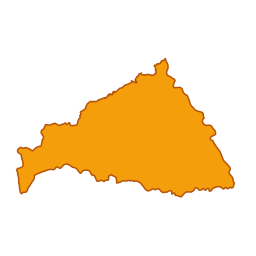 Pa Sang, Lamphun, Thailand (orthographic projection), rotated 93°
{"feature_id": "78962969B79756650149930", "entity_name": "Pa Sang", "entity_type": "district", "adm_level": 2, "iso_a3": "THA", "parent_name": "Thailand", "parent_adm1": "Lamphun", "projection": "orthographic", "projection_center": [98.877, 18.408], "detail": "fine", "context": "isolated", "style": "filled", "palette": "amber", "viewbox_px": 256, "rotation_deg": 93, "n_neighbors": 0, "source": "geoboundaries", "source_scale": "gbopen_adm2", "svg_char_len": 5824}
<svg xmlns="http://www.w3.org/2000/svg" viewBox="0 0 256 256"><g transform="rotate(93 128 128)"><path d="M154.0,235.9L155.5,237.0L156.9,237.1L157.7,236.8L158.4,236.2L159.7,234.0L160.4,233.3L161.1,233.0L162.9,232.8L164.6,232.3L167.6,231.1L170.4,230.9L171.7,231.1L172.4,231.6L173.7,234.1L174.3,236.1L174.7,236.4L175.8,237.0L178.0,236.0L179.8,235.7L181.4,235.2L183.1,234.8L185.3,234.4L188.3,234.4L190.2,233.6L194.9,233.0L197.9,232.1L198.7,231.6L199.1,231.1L198.9,230.5L197.7,229.3L197.4,226.7L197.0,226.1L196.4,225.6L195.5,225.2L194.4,225.0L192.7,224.4L190.5,222.9L188.9,222.1L183.9,219.2L182.5,218.9L180.7,219.0L180.0,218.7L179.2,217.4L177.9,214.9L177.3,213.4L176.1,210.9L175.4,208.9L173.9,205.7L173.4,203.5L173.5,200.2L173.3,199.5L171.1,197.8L170.6,197.1L170.7,196.3L171.7,194.1L171.7,193.3L171.1,192.7L168.4,190.4L167.6,189.1L167.3,188.0L167.2,186.9L167.4,186.1L168.3,184.1L170.0,181.5L170.7,178.2L171.6,177.0L175.0,174.1L175.6,173.2L175.6,172.7L173.3,171.1L172.6,169.6L172.3,168.1L172.2,166.8L172.6,165.0L173.1,164.0L174.0,163.3L175.9,162.5L176.7,161.8L177.0,161.0L177.0,159.7L177.5,159.0L179.5,158.0L180.9,157.1L182.2,156.6L182.8,156.0L182.8,155.1L181.6,152.0L181.9,150.7L182.6,149.3L182.6,148.9L181.2,147.7L181.2,145.6L181.1,145.2L180.5,144.8L179.7,144.6L178.2,144.8L177.2,144.7L176.7,144.3L176.4,143.3L175.4,142.4L176.4,140.7L177.0,139.1L178.1,137.2L180.2,137.0L181.6,136.2L182.8,136.6L183.3,136.6L183.5,136.2L183.3,135.1L182.6,133.0L181.4,131.4L181.1,130.7L181.0,126.3L180.3,125.1L180.6,122.7L180.2,121.1L180.8,119.5L180.9,118.7L180.4,116.9L181.6,113.9L182.3,112.7L184.6,110.5L188.6,107.2L189.4,106.0L189.5,105.6L189.8,104.7L189.7,104.1L188.7,101.9L187.6,100.6L187.6,99.8L188.2,97.2L187.1,95.3L187.1,94.7L187.4,93.6L189.7,91.5L190.2,90.6L190.6,89.6L190.5,88.6L190.1,87.3L190.1,86.0L189.9,85.5L189.1,84.5L188.4,83.1L188.4,82.4L188.7,81.6L189.4,81.0L189.8,80.9L190.9,81.0L191.6,80.6L191.6,80.1L190.9,79.4L190.6,78.3L191.0,77.8L192.6,77.2L192.9,76.8L192.8,75.2L193.2,74.4L194.0,71.7L193.5,70.8L192.1,69.9L191.1,69.0L188.9,66.7L188.6,63.3L188.7,62.5L188.6,61.5L187.3,59.4L186.7,58.9L184.6,57.9L184.0,57.3L184.2,56.2L184.5,55.6L186.0,54.0L186.4,53.3L186.0,51.4L185.1,50.5L184.8,49.8L185.2,48.6L186.0,47.8L186.1,47.3L184.3,45.7L184.2,45.0L184.6,44.1L186.5,43.6L186.8,43.3L186.8,42.9L186.6,42.2L186.1,41.6L184.2,40.4L183.3,39.3L182.1,36.2L181.8,35.1L181.9,32.7L182.5,31.6L183.4,30.6L183.9,29.6L183.5,28.7L182.6,28.1L182.3,27.5L182.4,26.8L183.2,26.0L183.4,25.3L183.0,24.4L181.8,22.6L181.9,22.1L182.5,21.3L182.3,20.8L181.8,20.1L181.2,19.8L179.2,19.3L177.7,19.2L177.2,18.9L176.7,19.6L176.0,20.0L174.9,20.3L173.2,20.5L171.8,21.2L168.2,24.5L167.1,24.7L166.4,24.6L164.0,23.8L163.1,23.8L161.8,24.3L158.9,27.1L155.5,30.8L154.4,31.4L149.0,33.8L146.8,34.9L140.9,39.7L136.6,42.5L136.2,42.9L135.7,44.0L134.7,45.2L133.9,45.4L132.7,44.9L132.2,44.3L130.4,41.0L129.4,40.2L128.8,40.2L127.9,40.4L125.7,41.2L124.1,43.1L122.1,44.4L121.4,45.1L121.2,45.7L121.0,47.4L121.2,49.7L121.2,51.0L120.5,52.0L119.3,53.2L118.1,53.9L116.6,54.1L115.9,53.9L114.9,53.4L114.4,52.7L113.9,52.6L111.9,53.5L110.2,53.6L109.1,54.1L108.6,54.9L108.1,56.3L107.5,59.3L106.5,61.9L105.4,63.1L104.2,64.0L102.7,65.8L101.0,67.0L96.5,68.6L92.8,70.4L92.1,71.0L91.4,72.8L90.8,73.6L88.6,75.1L86.1,76.0L85.8,76.3L85.2,77.2L84.7,78.2L84.7,79.4L85.0,80.6L85.3,83.5L85.3,84.0L84.7,84.7L83.9,84.9L82.2,84.8L80.1,84.3L78.5,83.5L77.5,83.7L76.7,84.6L76.0,86.2L74.5,88.4L73.6,90.9L73.4,91.2L72.1,92.1L71.6,92.3L70.0,92.3L68.6,92.1L66.4,91.2L65.2,91.2L63.2,91.4L62.2,91.7L59.0,93.5L56.9,94.3L57.8,95.5L58.8,95.7L59.0,96.6L58.9,97.5L59.3,98.1L59.7,98.3L60.3,98.2L61.1,99.1L61.7,99.2L62.7,101.4L62.3,101.7L62.4,102.3L62.9,102.5L63.4,102.9L63.7,102.9L64.0,104.8L64.4,105.0L64.8,104.9L64.9,104.4L67.4,103.5L67.8,103.2L68.3,103.5L68.8,103.6L69.6,103.1L70.7,103.0L71.7,103.3L72.2,103.2L72.8,103.6L72.7,104.1L73.9,105.6L74.4,107.3L73.7,108.4L73.5,110.5L73.5,111.7L73.7,112.3L74.3,113.1L74.2,114.2L73.9,115.0L74.1,115.6L74.1,116.6L73.3,117.6L73.1,118.2L72.7,118.0L73.0,118.9L73.4,119.5L74.1,120.0L74.6,120.1L75.5,120.9L76.1,121.0L76.4,121.8L77.4,122.1L77.9,122.7L78.9,123.1L79.9,123.3L80.4,123.2L81.0,122.1L81.0,121.7L81.4,121.6L81.6,121.9L81.9,121.9L82.5,122.3L80.8,126.9L82.2,126.8L83.2,128.3L85.0,132.1L85.7,133.9L86.8,134.5L88.2,136.3L88.8,138.3L93.2,142.6L91.8,144.1L92.2,143.9L92.4,144.3L92.7,144.2L93.2,144.5L93.8,144.4L94.0,144.7L93.8,145.0L94.6,144.9L95.4,145.2L95.5,145.7L95.1,146.4L95.5,146.6L95.2,147.1L95.5,147.4L95.2,147.7L95.6,148.0L95.5,148.3L95.3,148.5L95.7,148.6L95.9,149.2L96.2,149.0L96.4,149.4L96.9,149.2L96.9,150.0L97.1,150.2L98.9,151.1L99.2,152.0L98.8,152.6L99.1,153.2L99.3,153.1L99.5,153.2L99.4,153.4L99.6,153.6L99.7,153.9L99.6,154.7L100.2,155.8L100.9,156.5L100.8,157.5L101.3,158.2L101.3,158.5L101.6,158.7L101.6,159.2L102.5,159.6L103.1,160.9L103.2,161.2L103.1,161.5L103.4,162.3L103.2,164.2L103.6,164.8L103.8,165.3L103.4,166.0L103.4,166.6L104.4,168.2L105.9,169.8L106.6,170.2L109.4,171.3L110.8,171.5L113.0,173.9L113.8,175.6L114.5,176.3L115.1,176.4L116.4,175.7L117.1,175.9L118.3,176.8L118.6,176.8L119.4,176.4L119.9,176.4L120.5,176.6L121.4,177.4L122.9,178.1L126.9,179.0L127.3,179.1L127.8,179.5L128.6,183.9L128.4,185.3L128.1,185.8L126.1,186.4L125.9,187.1L126.4,187.8L127.7,189.0L127.7,189.6L126.6,190.3L126.3,190.8L126.4,191.3L127.5,192.9L127.7,193.5L128.0,194.8L128.8,195.9L129.0,196.6L128.8,197.6L128.0,199.3L127.1,200.8L127.9,203.8L128.9,205.4L129.2,206.7L128.9,210.1L129.0,210.4L129.1,210.6L132.2,211.7L133.4,212.3L134.7,214.0L136.4,214.6L137.7,214.3L139.2,213.2L141.5,211.9L142.0,211.8L142.6,211.9L144.3,213.0L148.7,213.5L150.7,214.0L150.8,214.2L151.1,216.1L152.0,218.0L153.1,219.5L155.8,222.0L155.9,222.3L154.3,224.8L152.9,228.7L152.9,229.1L153.8,231.6L153.6,232.3L153.0,233.3L152.9,234.0L153.7,235.2L154.0,235.9Z" fill="#f59e0b" stroke="#b45309" stroke-width="1.5"/></g></svg>